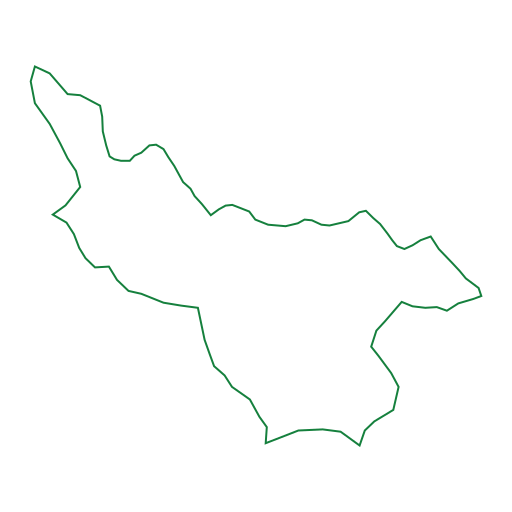 Deryneia, Cyprus (Equal Earth projection)
{"feature_id": "46923920B24128682965394", "entity_name": "Deryneia", "entity_type": "district", "adm_level": 2, "iso_a3": "CYP", "parent_name": "Cyprus", "parent_adm1": "", "projection": "equal_earth", "projection_center": [33.937, 35.078], "detail": "fine", "context": "isolated", "style": "outline", "palette": "green", "viewbox_px": 512, "rotation_deg": 0, "n_neighbors": 0, "source": "geoboundaries", "source_scale": "gbopen_adm2", "svg_char_len": 1388}
<svg xmlns="http://www.w3.org/2000/svg" viewBox="0 0 512 512"><path d="M100.1,105.7L80.2,95.2L67.6,94.1L49.7,73.4L34.9,66.5L30.7,81.4L34.9,103.2L49.7,123.9L60.2,143.4L67.6,158.3L76.0,171.0L80.2,187.0L65.5,205.4L52.8,214.6L66.5,222.6L73.9,234.1L79.2,247.9L85.5,258.2L95.0,267.4L108.9,266.6L117.0,279.9L128.5,290.9L141.3,293.8L163.5,302.7L181.1,305.6L197.9,307.8L204.6,339.8L209.9,354.7L214.1,366.2L224.6,375.4L232.0,386.9L249.9,399.5L259.4,416.8L266.8,427.1L265.7,443.2L298.4,430.5L322.7,429.4L340.6,431.7L359.6,445.5L364.8,430.5L374.3,421.4L393.3,409.9L398.6,386.9L391.2,373.1L378.5,355.9L371.2,346.7L376.4,330.6L384.9,321.4L401.7,301.9L412.5,306.3L425.3,307.8L436.8,307.1L446.9,310.7L458.3,303.4L473.2,299.0L481.3,296.0L478.6,288.0L465.8,278.4L459.7,271.0L452.9,263.7L438.8,249.0L430.7,236.5L420.6,240.2L412.5,245.3L404.4,249.0L396.9,246.1L392.2,240.2L387.5,233.6L380.1,224.0L373.3,218.1L365.9,210.8L359.2,212.3L348.4,221.1L329.5,225.5L321.4,224.7L311.9,220.3L304.5,219.6L297.8,223.3L285.6,226.2L277.5,225.5L268.1,224.7L255.3,219.6L249.2,211.5L232.3,204.9L225.6,205.6L218.9,209.3L210.8,215.2L202.0,204.2L194.6,196.1L190.5,188.7L183.1,182.1L179.1,174.8L174.3,166.0L168.3,157.1L163.5,149.1L156.1,144.7L149.4,145.4L141.3,152.7L134.5,155.7L129.8,160.8L121.0,160.8L114.3,159.3L109.6,156.4L106.2,145.4L102.8,131.4L102.2,116.7L100.1,105.7Z" fill="none" stroke="#15803d" stroke-width="2"/></svg>